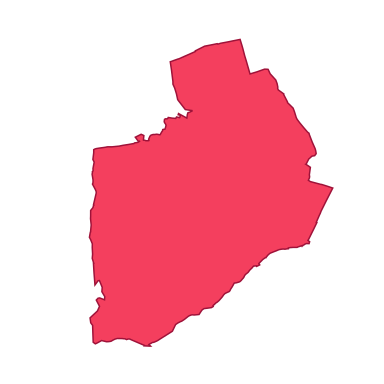 San Sebastián Ixcapa, Oaxaca, Mexico, rotated 344°
{"feature_id": "50627088B8337648653964", "entity_name": "San Sebastián Ixcapa", "entity_type": "district", "adm_level": 2, "iso_a3": "MEX", "parent_name": "Mexico", "parent_adm1": "Oaxaca", "projection": "albers", "projection_center": [-98.15, 16.529], "detail": "fine", "context": "isolated", "style": "filled", "palette": "rose", "viewbox_px": 384, "rotation_deg": 344, "n_neighbors": 0, "source": "geoboundaries", "source_scale": "gbopen_adm2", "svg_char_len": 4370}
<svg xmlns="http://www.w3.org/2000/svg" viewBox="0 0 384 384"><g transform="rotate(344 192 192)"><path d="M109.2,124.2L108.3,127.3L105.7,133.4L106.2,136.3L103.3,142.1L102.9,143.8L102.8,144.3L102.6,144.4L102.3,144.7L101.8,145.0L101.5,146.3L100.9,147.2L100.2,153.1L99.6,155.1L99.1,156.3L98.5,156.9L99.7,162.6L100.0,164.9L99.7,166.5L93.8,177.1L94.0,177.5L93.7,177.6L92.5,179.7L89.5,181.8L87.9,187.3L87.1,189.7L86.0,195.9L83.6,202.1L83.6,202.4L83.2,202.6L80.9,207.3L81.4,209.6L81.9,214.3L80.8,217.9L79.3,224.4L77.8,228.3L77.9,233.1L77.7,233.0L76.8,237.0L75.4,243.3L73.1,254.6L77.3,251.4L78.6,251.6L79.4,258.9L78.4,261.6L77.9,263.0L79.3,268.5L78.2,271.5L74.1,268.4L72.4,268.2L70.2,269.5L71.6,276.4L68.3,280.3L59.3,284.9L58.6,289.8L59.7,292.8L55.6,309.2L57.2,311.3L58.7,311.1L64.2,309.9L68.6,312.4L70.8,312.9L72.3,313.1L73.4,313.1L74.7,312.7L76.2,312.4L77.6,312.2L79.8,312.2L84.7,313.7L85.8,314.2L87.2,314.7L88.4,315.8L90.1,315.7L91.5,316.1L93.6,317.9L103.9,326.3L103.6,326.7L108.6,328.4L109.7,328.7L108.5,326.7L109.9,326.3L111.2,326.1L112.4,325.7L113.3,325.9L114.7,325.9L115.7,325.7L116.8,325.6L118.2,325.3L120.8,324.5L134.8,320.4L139.7,314.9L142.0,314.1L143.4,313.8L145.4,313.4L146.3,313.4L149.8,312.3L154.1,310.5L155.3,310.2L157.4,310.0L158.7,310.2L160.1,310.8L165.0,311.7L167.6,309.4L169.1,308.2L171.3,307.4L178.8,308.5L180.9,307.9L180.9,307.0L181.9,306.4L182.6,306.4L183.0,305.9L184.8,305.1L185.7,304.9L187.9,303.9L191.7,301.5L193.5,300.1L194.2,299.5L195.7,298.7L197.8,298.3L200.1,298.0L201.2,297.4L202.5,295.9L204.3,294.4L207.5,291.2L208.1,291.3L209.4,291.5L211.7,291.5L212.5,291.5L213.5,291.3L214.9,290.6L215.9,289.9L216.7,289.4L217.7,288.8L218.6,288.0L219.3,287.1L219.9,286.6L220.7,286.0L223.8,284.7L224.6,284.1L225.7,283.2L226.9,282.5L228.5,281.7L230.7,280.2L233.5,280.7L233.6,281.3L235.6,281.0L237.0,280.7L236.9,280.4L236.5,279.3L237.0,278.9L241.4,276.4L242.8,275.9L244.2,275.4L245.1,275.5L245.5,274.9L246.2,274.6L246.9,274.0L247.2,273.8L247.5,273.6L248.3,273.3L248.9,272.9L249.7,272.6L250.2,272.4L251.1,272.3L259.8,271.4L262.0,271.6L263.2,271.8L264.4,272.1L265.6,272.6L266.5,272.7L267.6,272.8L269.0,273.1L269.2,272.3L269.8,272.4L270.7,272.5L271.8,272.6L272.7,272.9L273.5,273.0L277.7,274.2L278.9,274.0L282.7,273.9L282.8,274.3L283.0,274.1L283.4,274.2L283.5,273.9L285.0,273.7L286.4,273.2L287.6,273.1L287.8,273.1L290.3,273.9L291.4,272.2L290.1,270.5L291.0,269.7L298.4,261.6L303.6,255.8L303.1,255.4L308.3,249.1L309.4,247.9L310.7,246.1L319.3,236.7L319.5,236.5L328.4,227.0L323.9,223.9L318.6,220.4L318.3,220.4L308.6,214.6L307.1,212.8L308.8,210.8L309.4,209.3L309.5,207.9L312.6,200.9L309.2,196.8L309.3,196.8L313.3,192.5L317.2,190.6L319.9,190.9L321.9,189.4L322.1,188.1L322.3,186.1L322.3,184.3L322.3,184.2L321.3,177.0L320.6,168.9L320.7,167.8L319.6,166.3L317.2,161.1L314.8,155.6L314.7,155.4L313.1,151.2L312.7,149.0L312.7,147.3L312.6,142.8L312.3,139.2L308.5,132.5L308.5,132.1L308.6,131.6L307.0,123.7L307.3,123.1L303.1,117.7L302.9,116.0L303.0,115.7L303.4,114.9L303.7,111.3L303.4,107.4L299.7,99.9L299.0,95.2L298.9,95.0L295.6,93.9L287.6,94.4L280.3,94.5L280.3,91.3L280.3,89.0L280.3,81.4L280.2,75.6L280.4,67.7L280.4,65.5L280.3,59.8L280.3,58.6L271.8,57.9L268.8,57.7L260.4,56.9L257.6,57.0L257.3,56.6L257.2,56.4L248.7,55.7L244.3,55.3L241.7,55.8L234.1,57.2L234.1,57.8L233.8,57.9L215.7,60.4L215.3,60.3L207.0,60.8L205.9,69.2L204.1,80.6L203.4,83.1L204.0,87.4L204.1,93.0L204.1,93.4L203.7,99.2L204.1,100.4L208.3,110.9L210.7,112.0L214.4,113.7L214.3,114.2L211.9,114.6L209.9,114.7L208.6,116.7L208.4,117.4L207.4,119.5L200.7,112.9L200.6,113.1L200.0,113.9L202.1,115.1L200.6,117.1L197.8,115.6L196.6,116.8L195.2,116.2L193.5,115.6L189.7,113.8L189.0,114.6L188.1,114.8L186.6,114.3L185.6,114.6L185.1,115.7L184.7,116.6L184.7,117.7L185.3,119.4L185.4,120.8L184.5,122.4L183.3,124.2L181.9,123.9L181.1,123.9L180.5,125.1L179.4,125.9L177.2,128.1L176.9,128.1L176.5,128.0L175.1,127.2L173.9,126.7L171.8,126.4L170.5,126.0L169.1,126.0L167.7,126.2L166.8,127.0L165.5,128.5L164.9,129.3L164.8,130.5L164.6,130.7L163.2,130.4L161.8,130.0L160.8,129.2L159.6,128.8L159.6,128.7L161.3,124.5L160.7,123.9L159.7,123.1L159.0,122.5L152.6,123.7L154.5,128.8L155.4,128.6L155.5,128.8L153.7,129.4L150.2,129.0L149.4,129.5L148.8,129.3L143.9,128.8L138.5,128.1L134.6,127.8L127.4,126.5L123.7,125.4L122.6,125.2L122.0,125.2L120.2,125.0L115.4,124.3L112.1,123.9L110.6,123.9L109.2,124.2Z" fill="#f43f5e" stroke="#9f1239" stroke-width="1.5"/></g></svg>